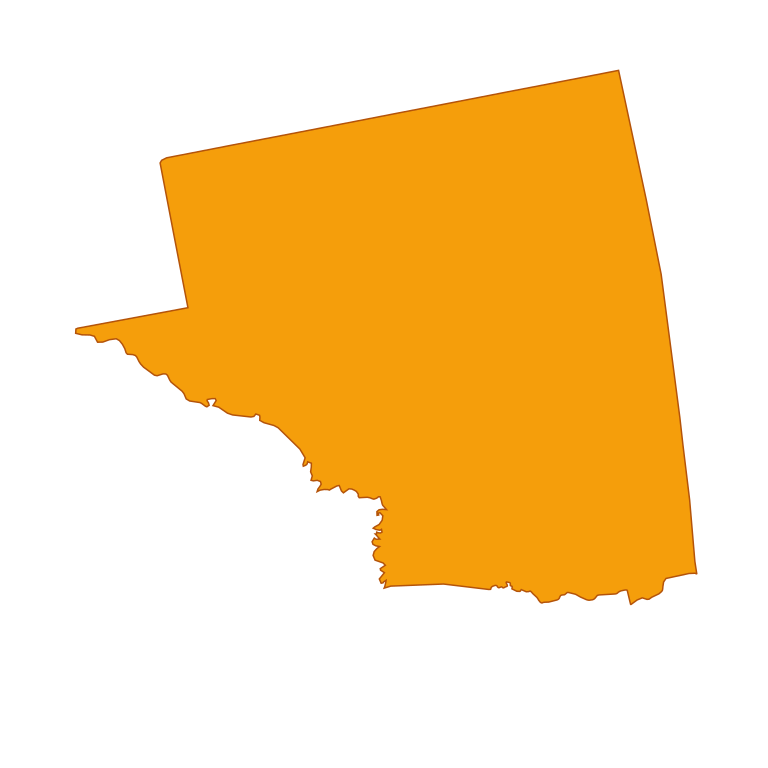 the border of Petén, rotated 349°
{"feature_id": "GTM-1944", "entity_name": "Petén", "entity_type": "Department", "adm_level": 1, "iso_a3": "GTM", "parent_name": "Guatemala", "parent_adm1": "", "projection": "mercator", "projection_center": [-90.264, 16.829], "detail": "fine", "context": "isolated", "style": "filled", "palette": "amber", "viewbox_px": 768, "rotation_deg": 349, "n_neighbors": 0, "source": "natural_earth", "source_scale": "10m", "svg_char_len": 3790}
<svg xmlns="http://www.w3.org/2000/svg" viewBox="0 0 768 768"><g transform="rotate(349 384 384)"><path d="M676.6,253.2L677.0,329.3L672.7,398.6L668.0,473.6L665.8,501.1L661.9,556.1L655.3,617.5L654.8,630.4L654.7,630.2L653.2,629.1L647.2,628.2L623.7,628.7L620.7,631.7L619.1,636.1L618.6,637.9L618.3,638.8L617.9,639.7L616.9,640.7L613.9,642.4L606.2,644.4L603.1,645.8L601.1,645.6L596.7,643.2L591.3,644.3L584.5,647.5L584.2,647.5L584.0,647.2L583.4,633.4L583.2,632.7L582.1,632.3L580.5,632.2L576.9,632.3L575.4,632.7L574.3,633.1L573.7,633.5L573.2,633.8L572.5,634.1L571.7,634.2L570.8,634.2L554.9,632.1L553.1,632.2L550.2,634.6L549.6,635.0L548.9,635.3L547.6,635.6L544.1,635.4L542.9,635.0L541.5,634.3L536.2,630.6L532.1,627.1L531.4,626.7L525.4,623.9L524.6,623.7L523.9,623.7L522.9,624.3L521.5,625.1L520.8,625.3L518.6,625.1L517.8,625.1L517.2,625.3L516.7,625.7L516.2,626.2L515.2,627.7L514.8,628.1L514.5,628.3L514.1,628.6L512.7,629.0L504.1,629.5L500.2,628.9L499.1,628.8L498.1,628.9L497.4,629.1L496.6,628.8L495.7,627.9L494.5,625.6L494.1,624.3L493.4,622.7L490.1,618.2L489.2,616.6L488.4,615.5L487.8,615.1L486.4,615.4L484.0,615.1L479.5,612.0L478.4,613.2L477.7,613.5L474.8,612.8L470.5,609.5L471.1,607.7L471.1,607.1L470.6,606.7L469.8,606.2L469.5,605.6L469.5,605.4L469.8,604.8L469.9,604.2L469.9,603.5L469.5,603.0L469.0,602.7L467.1,601.9L466.5,601.7L466.1,601.9L466.0,602.6L466.6,604.7L466.6,605.2L466.6,605.5L466.5,605.8L466.0,606.1L463.9,606.5L463.2,606.8L462.5,606.9L461.9,606.8L460.9,605.7L460.5,605.5L459.8,605.6L458.4,605.9L457.4,605.7L456.7,604.8L456.5,603.9L455.8,603.2L454.7,602.9L451.9,603.3L450.8,603.9L450.1,604.6L449.9,605.2L449.8,605.5L449.4,605.9L447.7,605.7L404.2,591.7L352.1,583.7L345.2,584.4L346.1,583.0L347.8,579.3L348.6,577.1L347.1,577.7L346.5,577.9L346.0,578.1L345.1,579.0L343.2,579.0L342.2,574.5L348.4,569.3L345.1,566.1L345.1,564.5L350.7,562.2L349.0,559.5L341.6,555.2L340.6,550.2L342.4,546.6L345.6,544.2L348.6,542.7L345.1,541.3L342.6,539.3L342.2,536.6L345.1,533.4L346.2,534.6L347.0,535.0L350.3,535.4L349.4,534.0L347.8,531.1L346.8,529.6L348.0,529.8L348.3,529.4L348.3,528.7L348.6,528.0L350.1,529.0L352.2,529.6L353.8,529.0L353.8,526.2L352.2,526.8L348.5,525.4L345.9,523.5L347.7,522.5L352.4,521.0L356.2,517.4L357.7,513.1L355.5,509.6L353.8,509.6L353.8,511.6L352.1,511.6L352.7,507.9L355.2,506.5L358.6,506.7L362.5,507.8L359.6,502.8L359.3,501.3L359.2,497.8L358.7,494.0L357.2,493.6L355.0,494.7L352.1,495.1L350.6,494.4L348.7,493.1L346.0,492.0L338.0,490.9L337.3,489.4L337.7,487.1L336.4,484.2L334.8,482.7L332.4,481.0L329.6,480.2L323.4,483.1L321.8,480.8L320.7,475.1L318.2,475.1L311.6,477.1L310.2,477.7L308.7,476.9L305.1,476.1L301.0,476.0L297.8,476.9L299.2,474.4L301.4,472.4L303.2,470.4L303.0,467.6L300.1,465.8L296.2,465.6L294.0,464.6L296.1,460.5L295.2,456.2L296.8,451.7L297.6,447.9L294.2,445.8L293.4,447.6L292.6,448.4L291.2,448.9L289.1,449.3L289.1,447.6L292.5,441.4L289.0,431.8L271.7,406.7L268.0,403.7L258.8,399.1L255.1,396.0L255.9,392.8L255.9,391.0L252.5,389.0L250.1,391.0L247.1,391.0L229.5,385.5L224.7,382.7L217.3,375.2L212.0,372.6L216.1,368.2L215.5,366.1L212.0,365.5L207.6,365.5L207.1,366.6L208.1,369.0L208.3,371.5L205.8,372.6L204.5,371.8L201.3,368.3L199.8,367.1L190.0,363.6L187.0,360.9L185.8,355.3L184.4,352.5L175.4,341.6L174.4,339.2L173.1,334.1L171.7,332.5L169.0,331.9L162.9,332.6L160.3,331.5L151.2,321.6L148.9,317.9L147.8,315.2L146.5,310.4L145.4,308.6L143.0,307.2L137.8,305.8L136.8,304.1L136.3,299.9L134.8,295.1L132.6,290.9L129.8,288.5L122.9,288.1L116.0,289.2L110.8,288.3L108.8,281.9L104.8,279.8L96.9,278.1L91.0,275.4L92.1,271.2L93.3,271.0L94.0,270.8L206.1,271.7L206.2,198.0L206.4,124.3L208.4,122.0L213.7,120.5L224.7,120.5L280.9,120.5L337.1,120.6L393.3,120.7L449.4,120.7L505.6,120.8L561.8,120.8L618.0,120.9L674.1,120.9L675.2,178.9L676.6,253.2Z" fill="#f59e0b" stroke="#b45309" stroke-width="1.5"/></g></svg>